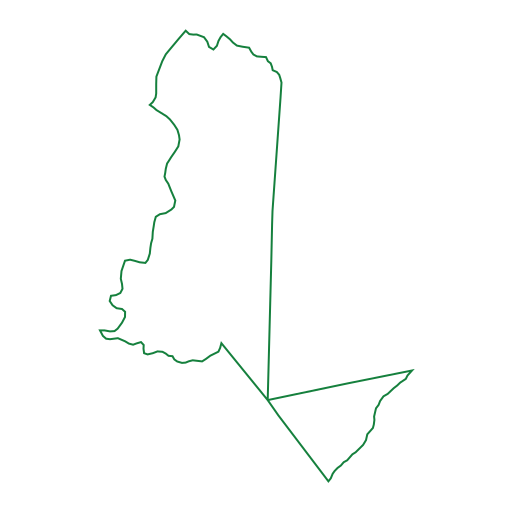 outline of Vigia, Pará, Brazil
{"feature_id": "56859067B98981915099258", "entity_name": "Vigia", "entity_type": "district", "adm_level": 2, "iso_a3": "BRA", "parent_name": "Brazil", "parent_adm1": "Pará", "projection": "albers", "projection_center": [-48.119, -0.944], "detail": "fine", "context": "isolated", "style": "outline", "palette": "green", "viewbox_px": 512, "rotation_deg": 0, "n_neighbors": 0, "source": "geoboundaries", "source_scale": "gbopen_adm2", "svg_char_len": 2115}
<svg xmlns="http://www.w3.org/2000/svg" viewBox="0 0 512 512"><path d="M100.0,330.4L102.9,335.9L106.1,338.7L110.0,339.2L117.9,338.2L125.1,341.3L128.9,343.6L133.1,344.7L136.6,343.4L141.0,342.1L143.7,345.0L143.5,348.7L144.1,353.2L147.6,354.4L152.8,353.2L157.5,351.4L162.5,351.8L165.8,353.6L168.5,355.8L172.5,356.2L174.3,359.4L177.2,361.5L182.0,362.9L185.6,362.6L188.8,361.3L192.7,360.3L202.1,361.4L206.0,358.9L210.3,355.7L218.4,351.7L220.1,348.0L221.4,343.2L267.7,400.1L271.3,261.0L271.5,251.7L272.1,224.0L272.5,211.0L280.5,98.0L281.5,82.6L280.3,78.2L279.2,74.8L276.8,72.0L272.7,70.2L272.0,66.8L270.7,63.3L267.9,61.2L266.0,57.1L261.6,56.8L256.9,56.4L253.4,54.5L251.3,51.7L249.1,47.7L242.4,46.7L236.9,45.6L232.9,42.5L230.0,39.3L226.4,36.3L223.2,33.9L220.6,37.1L218.5,40.9L216.9,45.8L213.4,49.5L209.0,46.9L207.3,41.7L204.0,37.2L196.7,34.5L193.3,34.6L189.3,34.1L185.7,30.7L178.8,38.7L169.6,49.7L165.8,54.3L162.3,61.1L156.4,76.6L156.2,84.1L156.2,88.1L156.2,93.5L155.6,97.4L152.8,102.1L149.8,104.9L153.6,107.5L156.5,110.1L166.4,116.2L169.9,119.4L174.2,124.8L177.4,129.8L179.0,135.2L179.6,139.5L178.3,146.4L174.8,151.9L171.2,157.1L169.2,160.3L167.1,163.5L165.8,168.7L165.2,173.0L164.5,176.6L165.8,180.0L168.3,183.7L171.2,191.0L175.3,200.5L174.0,206.9L171.4,209.5L165.7,213.1L159.9,214.2L155.8,216.8L154.3,222.2L153.7,226.3L152.8,231.8L152.4,238.7L151.1,243.2L150.4,247.8L149.8,253.6L147.8,259.9L145.4,262.9L139.7,262.3L134.6,260.8L130.1,259.7L125.0,260.7L121.5,271.0L120.8,278.8L122.0,283.9L122.5,288.8L120.3,293.0L116.0,295.1L111.0,295.8L109.7,301.0L112.6,305.3L116.6,308.2L122.0,309.0L125.1,311.8L125.0,317.0L122.0,322.7L117.6,328.7L114.5,331.1L110.0,331.4L104.5,330.4L100.0,330.4ZM412.0,370.5L347.6,383.4L267.7,400.1L278.3,415.3L328.4,481.3L330.8,478.3L332.7,473.7L334.7,470.9L337.6,467.9L340.9,465.5L343.7,462.2L347.2,460.3L352.4,454.3L355.6,452.3L363.1,444.9L366.0,440.1L367.3,434.3L372.9,428.0L373.8,424.6L374.4,420.0L374.1,416.5L376.0,408.3L378.6,404.9L380.1,401.0L383.5,396.3L387.7,393.9L393.7,388.2L397.2,385.5L400.2,382.6L405.8,378.9L407.5,375.5L412.0,370.5Z" fill="none" stroke="#15803d" stroke-width="2"/></svg>